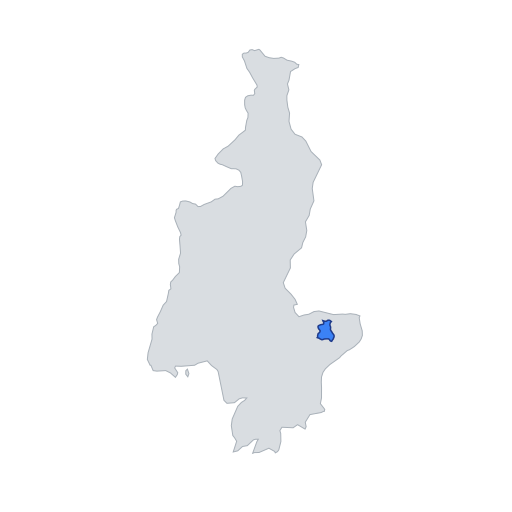 Hoeyang, Kangwŏn-do, North Korea (highlighted), rotated 322°
{"feature_id": "82179303B10482682881188", "entity_name": "Hoeyang", "entity_type": "district", "adm_level": 2, "iso_a3": "PRK", "parent_name": "North Korea", "parent_adm1": "Kangwŏn-do", "projection": "orthographic", "projection_center": [127.64, 38.756], "detail": "fine", "context": "in_parent", "style": "filled", "palette": "blue", "viewbox_px": 512, "rotation_deg": 322, "n_neighbors": 0, "source": "geoboundaries", "source_scale": "gbopen_adm2", "svg_char_len": 4171}
<svg xmlns="http://www.w3.org/2000/svg" viewBox="0 0 512 512"><g transform="rotate(322 256 256)"><path d="M301.0,367.2L299.3,368.2L296.3,373.6L293.6,380.4L290.9,384.1L287.8,386.1L284.5,387.3L277.8,387.9L271.8,387.4L269.8,386.7L261.6,387.1L259.2,387.6L247.4,387.0L241.2,387.6L237.2,388.9L233.2,391.6L229.7,395.7L226.6,400.1L220.3,408.1L215.8,412.0L215.8,417.6L215.7,419.3L214.1,420.5L213.6,420.0L211.1,419.5L200.9,414.2L192.5,417.3L190.4,421.4L188.1,422.6L184.9,414.5L179.5,414.2L171.0,406.9L167.3,408.3L166.2,411.1L161.4,417.5L154.6,422.8L152.5,423.4L150.0,423.0L150.4,421.5L147.8,415.4L137.4,412.7L133.8,410.0L131.9,409.4L142.3,402.9L145.0,401.8L143.0,400.2L140.8,399.3L132.4,400.1L128.1,397.8L121.7,398.3L117.4,396.4L126.7,390.1L127.2,386.2L127.2,383.2L132.1,374.5L136.9,369.8L149.1,363.2L154.4,362.4L158.1,362.8L161.3,362.2L158.1,359.5L154.9,358.2L148.7,358.3L142.4,354.2L141.9,350.0L155.0,323.8L155.3,321.4L153.5,314.9L153.0,308.6L144.3,304.8L140.4,304.3L129.2,296.9L124.8,293.2L123.0,294.1L122.5,299.8L120.9,301.0L117.8,302.0L116.6,295.5L114.3,290.7L107.0,285.7L104.4,283.0L105.9,277.4L105.3,276.9L106.7,270.6L111.4,265.8L122.9,257.5L125.9,253.5L131.8,248.8L134.3,249.0L137.0,248.6L137.8,246.6L138.5,244.9L140.8,243.5L146.3,241.0L152.6,237.6L157.5,236.8L163.7,231.7L166.2,229.4L168.7,229.5L169.4,228.4L170.9,225.8L172.8,224.0L175.5,223.7L179.9,222.5L185.4,221.9L189.2,217.5L190.5,214.4L193.0,211.0L198.3,207.3L202.0,201.8L206.0,195.7L207.9,193.8L209.8,193.5L210.9,191.2L212.3,184.8L214.2,178.5L215.3,175.6L219.9,172.4L221.1,170.9L222.1,170.3L224.2,170.8L227.0,168.9L229.7,166.8L232.1,167.6L234.6,169.4L237.2,172.8L238.3,175.6L240.3,177.9L240.7,181.3L242.7,182.8L247.0,183.5L254.1,185.8L258.7,186.0L261.4,187.7L266.9,188.6L277.9,187.3L282.3,188.0L284.2,190.1L287.0,191.8L288.9,191.9L291.3,189.0L293.8,184.3L295.5,180.7L295.4,177.9L293.9,174.9L290.3,172.0L287.9,167.7L285.6,163.2L284.3,161.7L283.2,159.5L282.9,156.1L283.7,153.9L289.1,152.3L296.1,151.4L301.7,152.3L311.1,151.5L316.9,150.2L321.2,150.3L325.1,150.3L326.8,148.3L332.2,143.5L334.9,141.9L337.7,138.6L338.1,135.3L338.7,132.6L340.2,129.8L343.0,126.2L345.4,124.5L348.2,124.7L351.1,126.2L352.9,127.8L355.0,127.3L356.6,124.5L357.7,123.9L361.0,123.6L362.0,121.9L363.0,113.7L364.1,107.2L364.3,102.7L367.0,95.2L367.8,90.7L369.4,88.6L371.4,88.7L373.1,90.0L375.2,90.7L378.0,89.9L380.0,91.0L381.3,93.3L385.5,94.9L385.9,96.1L386.1,104.2L388.5,107.9L391.6,111.2L395.9,114.2L398.2,114.9L399.6,117.0L401.0,120.8L404.1,124.5L405.8,127.2L406.2,130.0L407.6,131.5L405.3,133.4L402.1,132.4L396.8,131.9L390.3,137.7L386.7,139.8L384.2,145.3L379.0,148.7L376.3,152.2L372.7,158.3L370.4,164.1L364.9,170.2L361.7,177.7L361.7,184.1L365.5,190.5L366.0,196.1L363.7,207.6L365.4,219.7L363.9,224.5L346.4,233.1L341.9,237.4L335.6,248.2L327.7,252.4L322.8,256.8L316.0,259.5L311.7,267.2L306.9,271.5L301.2,274.2L296.9,277.6L287.3,277.9L280.5,280.2L275.7,286.6L261.1,293.8L259.1,299.3L260.1,307.7L260.1,314.2L258.8,319.5L255.6,318.0L253.9,319.7L252.0,324.6L252.5,330.3L257.6,332.1L261.7,334.4L267.5,335.5L271.8,338.1L281.0,349.9L288.5,355.1L290.5,357.0L294.8,359.5L298.8,363.6L301.0,367.2ZM130.7,307.4L127.9,309.2L127.9,305.9L130.1,303.2L132.3,302.9L130.7,307.4Z" fill="#d9dde1" stroke="#a8b0b8" stroke-width="1"/><path d="M260.7,351.3L260.5,352.3L260.6,353.3L260.5,354.5L259.5,355.2L258.5,355.4L257.2,355.4L256.6,355.9L255.8,356.4L255.1,357.3L254.6,357.8L254.0,358.0L254.6,359.0L255.1,359.6L255.4,360.7L255.9,361.7L256.4,362.6L257.5,363.1L258.6,363.4L259.4,363.9L260.4,364.6L261.3,365.3L262.0,365.8L262.5,367.0L262.3,367.7L262.3,368.4L262.4,368.9L262.8,369.4L263.1,369.8L264.1,369.4L265.0,369.1L266.0,368.9L266.8,368.2L267.6,367.9L268.4,367.0L268.8,366.0L268.8,365.0L268.8,363.8L269.0,362.6L269.1,360.9L269.3,359.9L269.9,359.2L270.6,358.5L271.1,357.8L271.3,357.1L271.6,356.1L271.9,355.6L272.7,354.9L273.7,354.2L275.0,354.1L274.8,353.0L274.5,352.2L274.0,351.5L272.9,350.8L271.5,350.8L270.7,350.3L270.0,349.8L269.5,348.9L269.2,348.6L268.9,348.1L268.6,349.1L268.6,349.9L267.6,351.1L266.8,351.1L265.7,350.5L264.5,349.9L263.3,349.6L262.3,349.4L261.6,349.6L261.0,350.4L260.7,351.1L260.7,351.3Z" fill="#3b82f6" stroke="#1e3a8a" stroke-width="1.5"/></g></svg>